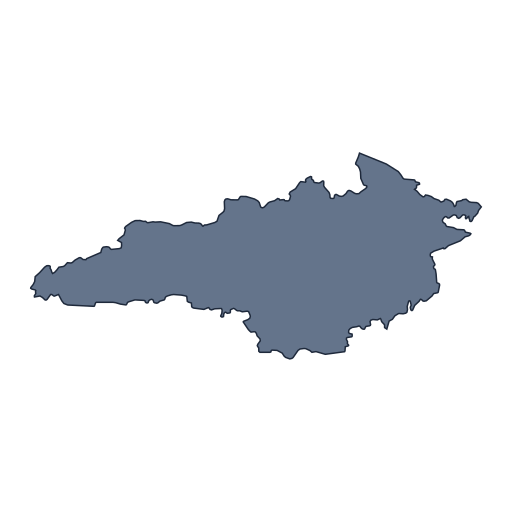 SVG path tracing the border of Kirovohrad
{"feature_id": "UKR-320", "entity_name": "Kirovohrad", "entity_type": "Region", "adm_level": 1, "iso_a3": "UKR", "parent_name": "Ukraine", "parent_adm1": "", "projection": "robinson", "projection_center": [32.137, 48.505], "detail": "fine", "context": "isolated", "style": "filled", "palette": "slate", "viewbox_px": 512, "rotation_deg": 0, "n_neighbors": 0, "source": "natural_earth", "source_scale": "10m", "svg_char_len": 6079}
<svg xmlns="http://www.w3.org/2000/svg" viewBox="0 0 512 512"><path d="M359.5,153.1L386.3,164.0L398.3,171.6L400.9,174.9L402.9,178.1L404.2,179.1L414.2,179.9L414.7,180.1L415.5,181.8L419.0,182.7L419.5,183.3L419.5,184.3L416.6,185.2L416.5,187.5L416.0,188.3L414.5,189.3L417.1,191.3L419.8,194.5L423.1,196.9L424.4,196.5L425.5,195.0L428.0,195.4L431.4,196.6L434.1,198.6L438.8,200.2L440.7,201.9L441.3,202.0L443.8,201.1L444.9,199.4L446.5,199.2L450.5,200.9L452.4,202.4L453.6,204.4L454.3,206.5L454.8,206.5L455.9,205.4L456.5,202.4L457.1,201.5L460.8,200.8L461.8,200.5L462.7,199.7L466.1,199.2L469.2,201.8L471.1,202.3L476.6,202.6L478.3,203.4L481.3,206.9L478.6,210.4L477.6,213.2L474.8,216.3L473.9,216.7L472.1,220.6L471.3,221.4L470.6,221.5L469.7,221.0L469.7,219.7L469.1,218.8L468.7,216.4L467.8,216.9L466.6,218.6L465.8,218.7L465.4,217.9L465.7,215.7L464.9,215.1L463.6,214.8L462.5,215.1L460.1,217.7L458.7,218.3L457.2,217.6L456.3,215.5L454.6,214.9L453.3,215.0L449.1,218.0L447.8,218.0L446.4,216.7L445.3,216.6L444.0,217.6L442.5,219.7L442.4,220.5L442.8,221.9L443.4,222.6L445.2,223.8L446.2,225.9L446.9,226.5L453.5,227.6L456.9,229.4L463.9,229.8L464.6,230.4L465.4,232.1L470.2,233.2L470.9,233.8L470.1,234.9L468.7,235.8L465.1,236.8L460.4,240.8L448.5,245.6L445.1,248.6L443.9,248.8L443.3,248.0L434.1,251.1L430.6,253.2L430.2,254.9L430.4,256.1L430.8,256.7L432.4,256.9L432.3,258.8L432.6,259.7L434.9,264.3L434.7,265.2L433.6,266.3L433.5,267.1L433.9,268.6L435.2,269.3L435.4,269.7L436.1,274.0L436.7,282.3L437.1,282.9L438.8,283.5L439.5,284.2L439.6,285.2L438.2,292.2L437.7,292.7L433.6,293.6L432.1,295.9L426.3,300.8L424.3,301.2L423.1,301.1L421.4,299.5L420.4,299.3L419.0,301.4L414.7,305.4L412.7,310.0L411.9,310.6L410.9,310.0L410.4,308.2L410.3,307.2L411.2,305.2L410.3,301.5L409.8,300.8L409.0,300.9L408.6,301.4L407.2,306.5L407.5,309.6L406.9,312.3L405.7,313.2L403.1,313.8L399.0,313.5L398.3,313.7L394.9,315.8L392.4,319.3L389.1,321.1L386.8,329.1L384.6,327.6L384.5,324.7L382.1,322.2L381.4,321.0L380.9,319.2L380.3,318.5L377.4,319.9L372.8,319.5L370.8,320.2L370.0,321.6L370.6,324.6L370.3,325.4L369.5,325.8L366.1,326.4L365.7,326.7L364.5,329.1L363.2,329.2L362.0,328.7L361.0,327.8L359.9,326.3L358.9,326.0L356.8,326.7L352.3,327.4L350.1,328.6L348.8,330.2L348.6,332.3L349.3,333.4L352.1,334.1L352.2,336.1L351.7,336.8L347.2,337.5L346.5,338.1L346.4,339.5L347.5,341.5L347.4,343.7L348.6,345.1L348.6,345.5L348.0,346.0L345.3,346.7L345.0,350.9L344.6,351.7L325.3,354.3L316.0,351.6L311.9,352.3L310.0,350.6L305.9,348.7L304.1,348.5L300.1,349.0L298.1,350.3L293.1,357.5L291.9,358.4L289.8,358.9L285.6,357.4L284.2,356.2L282.2,353.1L277.1,350.4L272.1,350.1L271.3,350.5L270.8,352.0L269.9,352.3L259.9,352.3L258.8,351.3L258.7,347.9L257.6,346.4L257.3,345.5L257.9,344.1L260.3,340.8L260.0,338.9L257.1,335.8L256.4,333.5L255.4,332.0L254.2,331.7L251.0,332.1L249.7,331.0L248.3,329.5L243.2,321.9L243.6,321.3L247.9,319.6L249.8,318.2L250.3,316.5L250.2,315.5L248.6,311.6L247.1,311.2L242.2,311.8L239.8,310.8L237.6,310.8L236.6,310.4L234.5,308.7L233.4,308.4L230.6,309.7L230.3,310.7L230.4,312.1L229.9,312.9L227.2,313.3L225.9,312.3L225.3,312.2L224.4,312.8L223.8,313.9L223.5,316.6L222.0,317.1L220.8,316.4L220.7,315.9L221.8,313.4L222.1,310.6L221.8,309.1L221.2,308.5L214.7,308.8L211.5,309.9L210.0,309.4L208.8,307.7L208.3,307.6L203.9,309.4L193.8,308.1L192.4,307.5L191.7,306.7L191.4,303.0L188.4,302.1L187.3,301.3L186.8,296.7L186.6,296.3L185.0,295.8L181.4,295.1L173.6,294.5L171.3,294.8L167.6,295.9L166.1,296.6L165.3,297.4L164.8,299.1L164.2,299.9L160.0,301.1L157.8,302.9L156.6,303.2L154.4,302.7L153.8,302.2L153.2,300.2L152.5,299.6L151.4,299.3L149.6,300.0L148.8,300.8L148.1,302.6L147.0,303.0L145.9,302.6L145.4,302.1L144.9,300.7L144.0,300.4L134.9,299.9L128.4,301.9L127.5,302.5L126.4,304.7L125.7,304.9L120.4,304.1L115.7,302.7L113.0,302.3L96.3,302.3L95.6,302.8L94.4,306.1L93.5,306.3L67.7,305.0L63.9,303.5L61.8,300.8L58.5,294.5L54.4,296.1L53.8,296.0L51.8,294.5L50.6,294.5L47.1,299.4L46.0,300.1L45.0,299.9L42.5,297.5L40.0,296.0L34.5,297.0L34.3,295.9L35.8,293.5L35.5,291.8L35.8,290.5L35.1,289.9L31.9,289.1L30.7,288.3L30.8,287.5L33.2,284.5L34.7,281.5L35.2,276.6L39.6,272.7L44.6,267.2L46.6,265.8L48.1,265.6L49.7,265.9L50.2,266.4L50.2,268.5L51.0,269.6L51.9,272.4L52.6,273.5L54.6,272.4L56.9,269.9L58.9,267.2L63.3,266.5L64.7,265.7L67.4,262.7L70.9,263.0L72.2,262.6L75.0,260.1L79.2,257.7L80.7,257.7L83.0,259.5L85.9,259.7L86.7,258.6L100.8,252.5L101.7,249.1L102.8,247.5L103.4,247.1L106.5,246.7L108.5,247.0L109.4,247.5L110.5,249.0L111.5,249.4L119.4,248.6L121.2,247.8L121.6,245.6L121.5,242.5L117.7,240.4L119.1,238.7L124.0,234.9L125.3,230.3L125.1,229.0L124.6,228.2L124.9,227.5L125.8,226.4L131.6,222.3L135.2,220.6L140.0,220.5L143.3,221.4L145.6,221.3L147.0,222.5L147.9,222.7L153.0,221.8L155.2,222.1L160.6,221.8L169.4,223.6L173.1,225.6L174.5,225.7L179.7,225.6L181.4,225.1L186.6,222.5L191.3,222.1L195.0,223.0L198.8,223.1L200.5,223.6L201.4,224.4L202.5,226.0L203.0,226.2L204.5,225.0L206.7,224.9L214.8,222.5L217.0,221.2L219.0,215.4L222.9,212.3L224.0,211.1L224.6,208.7L224.3,201.7L224.9,199.9L225.9,199.0L227.7,198.8L231.0,199.8L237.4,199.9L238.4,199.6L240.1,196.9L240.9,196.4L246.1,196.5L254.5,199.0L257.8,200.9L259.2,202.5L260.7,207.0L261.4,207.5L262.7,207.8L264.3,207.0L268.3,202.8L269.8,202.0L274.6,200.7L277.7,198.5L279.2,199.0L279.7,200.0L283.5,199.6L284.2,199.7L284.6,200.5L285.2,200.8L287.9,200.9L288.8,200.6L289.6,199.6L290.5,196.3L290.3,195.3L289.2,194.0L290.2,192.0L295.6,188.7L299.6,182.7L300.8,181.6L305.5,182.2L305.9,181.5L305.5,180.1L305.9,179.2L307.2,178.1L310.5,176.5L311.5,176.8L311.7,179.2L313.4,180.4L313.7,181.8L314.5,182.5L318.8,183.1L320.1,182.7L322.4,181.0L323.5,181.1L323.8,182.0L323.7,185.8L324.6,187.4L329.0,192.4L329.8,194.6L330.1,197.6L330.7,198.3L333.0,198.5L333.7,198.3L334.1,197.8L334.6,195.2L335.9,194.4L336.5,194.5L339.4,196.1L341.6,196.4L343.1,196.0L346.0,193.6L347.6,191.1L349.0,190.4L350.8,190.9L354.8,193.4L356.5,193.8L359.0,193.6L360.8,191.9L365.7,188.5L366.7,187.3L366.8,186.2L366.6,185.8L364.2,185.2L363.5,184.6L360.8,178.4L360.5,172.0L359.6,168.8L358.3,166.3L355.7,164.1L355.7,163.1L358.3,157.0L359.5,153.1Z" fill="#64748b" stroke="#1e293b" stroke-width="1.5"/></svg>